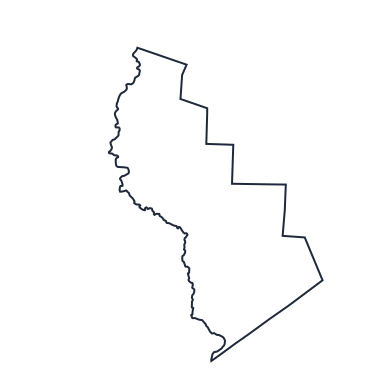 Essex, Vermont, United States of America, rotated 145°
{"feature_id": "52423323B77822845094766", "entity_name": "Essex", "entity_type": "district", "adm_level": 2, "iso_a3": "USA", "parent_name": "United States of America", "parent_adm1": "Vermont", "projection": "albers", "projection_center": [-71.622, 44.681], "detail": "fine", "context": "isolated", "style": "outline", "palette": "slate", "viewbox_px": 384, "rotation_deg": 145, "n_neighbors": 0, "source": "geoboundaries", "source_scale": "gbopen_adm2", "svg_char_len": 3996}
<svg xmlns="http://www.w3.org/2000/svg" viewBox="0 0 384 384"><g transform="rotate(145 192 192)"><path d="M261.6,42.6L242.7,43.0L227.1,43.0L201.0,43.5L177.1,43.5L135.7,44.8L125.7,90.1L142.9,104.1L126.5,123.8L110.9,144.3L121.9,152.2L154.5,175.8L131.1,207.0L152.7,223.2L134.9,247.1L131.5,251.9L148.1,274.8L133.0,293.5L123.4,299.4L154.0,341.5L155.4,340.4L157.6,339.6L160.0,339.2L161.5,338.5L161.9,338.0L162.2,337.2L162.1,336.7L161.3,334.4L160.9,332.6L161.1,332.0L162.0,331.3L162.2,330.9L162.1,330.4L161.2,329.5L161.0,329.1L161.5,326.2L161.9,325.8L163.3,325.3L165.0,325.5L166.0,325.1L166.1,324.4L165.0,322.4L165.0,321.7L165.4,321.0L168.1,318.4L169.1,318.0L173.0,318.2L174.0,317.6L174.8,316.7L176.4,315.6L177.1,315.3L177.4,315.1L178.3,314.9L180.2,315.2L180.8,315.6L182.3,317.2L183.8,317.5L184.4,317.4L184.6,317.0L185.4,315.1L186.1,314.1L186.7,313.6L188.1,313.2L189.8,313.0L193.4,313.4L195.6,312.7L198.4,310.9L201.1,308.6L202.8,307.6L204.6,305.6L204.9,303.7L204.7,302.8L204.9,302.4L205.5,302.1L208.2,301.7L209.7,300.9L210.5,300.0L211.4,297.9L211.9,293.9L213.2,291.0L213.5,290.7L215.8,290.9L216.5,290.4L217.3,289.3L217.2,288.5L215.4,287.2L214.9,286.7L214.8,285.8L215.0,285.3L215.6,284.4L216.5,283.7L217.7,283.2L219.8,280.5L220.3,280.3L224.6,279.6L225.2,279.5L227.2,280.2L230.4,279.3L230.9,278.4L231.7,275.7L231.8,274.7L233.0,273.4L234.0,273.0L235.0,272.6L236.7,272.4L237.1,272.4L237.4,272.0L237.6,271.4L237.4,271.0L235.6,269.5L235.1,268.7L234.8,267.2L234.5,266.6L232.8,265.2L232.2,264.4L232.1,263.5L232.6,262.9L234.4,263.1L234.8,263.0L235.9,262.3L237.7,259.6L238.5,258.1L238.9,256.9L238.9,256.2L238.2,254.9L234.1,251.7L231.3,249.2L230.9,248.3L231.0,247.5L231.5,245.9L232.2,244.6L232.8,244.0L233.4,243.7L238.1,244.1L240.0,245.0L242.0,244.8L243.1,244.4L243.5,243.8L243.4,242.3L243.5,241.4L244.5,238.1L245.2,237.0L245.9,237.1L246.5,237.7L247.1,237.9L247.9,237.6L249.4,236.1L250.2,235.1L250.7,233.5L249.3,232.6L246.5,231.4L245.2,231.2L244.8,230.2L244.8,229.0L244.3,227.7L244.4,226.7L244.7,226.0L245.0,225.1L244.9,224.0L244.2,220.7L244.4,217.5L244.8,216.9L245.0,216.9L245.2,216.3L245.7,215.9L244.8,213.8L242.4,211.9L242.2,211.6L242.2,210.6L243.4,210.3L243.7,209.5L243.5,208.4L242.5,205.7L241.6,204.6L241.1,204.1L240.6,204.2L240.3,205.2L239.8,205.6L239.2,205.7L238.2,205.6L237.9,204.9L237.8,204.4L238.0,203.8L237.9,203.3L235.7,202.9L235.1,202.3L234.5,201.6L234.5,200.9L235.0,199.8L235.2,199.0L234.8,197.9L234.8,197.2L235.2,196.8L235.8,195.9L236.0,195.3L235.7,194.7L234.3,194.7L233.4,194.4L231.4,192.8L231.4,192.5L232.0,191.6L232.1,190.7L231.4,189.2L230.9,186.6L231.3,185.7L230.7,184.3L230.2,183.9L230.0,183.4L230.0,183.0L230.5,181.7L230.3,181.0L228.7,179.7L226.1,174.9L224.4,173.2L224.3,172.7L224.7,170.8L224.6,170.4L224.2,170.2L223.0,170.9L222.8,170.9L222.3,170.4L222.1,169.8L222.1,167.7L222.3,166.7L222.2,163.6L221.7,162.2L220.3,161.5L220.1,160.9L220.1,159.8L220.3,159.5L222.6,158.6L224.5,158.3L225.7,157.1L225.7,156.2L226.5,154.5L227.6,153.9L228.8,153.0L229.8,151.0L231.5,149.5L231.5,149.1L231.3,148.6L231.2,147.9L232.5,146.2L235.2,144.9L236.6,145.0L237.0,144.7L238.8,142.1L239.3,140.8L238.8,139.4L239.7,136.1L240.1,135.3L240.0,134.5L238.9,133.8L238.2,132.4L238.0,131.3L238.4,130.4L240.5,127.8L241.3,127.4L241.5,127.7L241.8,127.7L242.3,127.4L243.7,123.0L245.0,122.3L245.5,121.5L245.5,120.9L245.3,119.6L244.6,117.9L244.0,117.4L244.0,116.6L244.4,115.8L245.0,115.1L246.7,113.5L246.7,112.9L246.1,111.7L246.1,110.8L246.3,110.4L247.5,108.8L249.3,107.7L251.1,107.2L252.8,105.4L252.9,103.9L253.0,103.5L253.6,102.9L254.9,102.2L258.1,97.9L258.3,97.3L257.6,96.6L257.5,96.3L257.6,96.0L259.3,94.6L261.3,92.3L261.7,91.6L262.2,91.4L263.0,91.7L263.4,91.3L264.0,88.6L263.8,88.2L261.8,87.0L260.6,85.0L259.1,83.0L257.2,81.3L256.6,75.7L256.9,75.2L257.1,74.0L256.7,72.2L257.3,67.2L256.8,64.6L254.9,63.8L253.4,60.5L251.9,59.4L250.0,55.7L249.7,54.0L250.2,51.3L252.4,48.8L254.0,47.8L255.6,47.6L257.3,46.9L262.8,46.9L265.9,48.2L268.4,47.3L272.7,43.3L273.1,42.5L261.6,42.6Z" fill="none" stroke="#1e293b" stroke-width="2"/></g></svg>